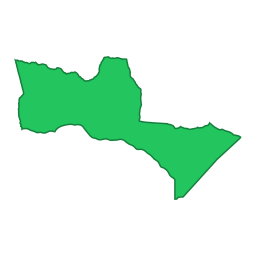 outline of Balambala, North-Eastern, Kenya
{"feature_id": "3690345B82306211866493", "entity_name": "Balambala", "entity_type": "district", "adm_level": 2, "iso_a3": "KEN", "parent_name": "Kenya", "parent_adm1": "North-Eastern", "projection": "orthographic", "projection_center": [39.23, -0.023], "detail": "fine", "context": "isolated", "style": "filled", "palette": "green", "viewbox_px": 256, "rotation_deg": 0, "n_neighbors": 0, "source": "geoboundaries", "source_scale": "gbopen_adm2", "svg_char_len": 5523}
<svg xmlns="http://www.w3.org/2000/svg" viewBox="0 0 256 256"><path d="M153.4,122.9L151.0,122.6L147.3,122.4L143.7,122.0L139.3,121.1L139.3,120.2L139.3,119.8L139.8,118.3L139.9,117.2L139.9,116.3L139.5,114.8L139.5,114.2L139.5,113.0L139.8,111.7L139.9,109.7L140.2,108.3L141.0,106.1L141.4,104.9L141.0,102.5L141.0,101.3L140.7,99.4L140.7,98.4L140.6,97.6L141.1,95.1L141.2,94.2L141.1,93.6L140.8,92.3L140.9,89.6L140.8,89.3L140.6,89.0L138.6,87.5L138.0,86.9L137.2,85.6L136.8,84.9L135.8,83.9L135.6,83.5L135.1,82.2L135.0,81.9L134.1,80.9L133.2,79.2L132.8,78.8L131.7,78.1L131.3,77.7L130.9,77.3L130.7,76.8L130.2,75.9L130.1,75.0L130.2,72.4L130.0,71.2L129.4,68.8L128.3,67.1L128.0,66.5L127.9,66.1L127.6,64.3L127.0,61.8L126.7,59.6L126.5,59.2L126.0,59.2L125.1,59.1L123.8,59.0L122.8,59.3L122.3,59.2L121.8,58.8L120.6,58.7L119.2,58.2L118.5,57.9L118.1,57.8L117.6,57.7L114.8,58.3L113.9,58.4L112.7,58.0L111.6,58.2L110.5,58.2L109.5,57.8L108.5,56.9L108.2,56.9L107.7,57.0L106.7,57.1L105.8,57.4L104.8,57.3L104.3,57.5L103.8,58.0L103.8,58.7L103.1,59.6L102.5,60.9L101.3,62.4L101.1,63.7L100.8,64.2L100.1,64.9L100.0,65.6L99.6,66.1L99.7,66.7L99.7,66.9L99.4,67.4L99.4,68.4L99.1,69.4L99.1,69.6L99.3,70.0L99.4,70.5L99.2,72.1L98.7,72.6L98.4,73.6L98.0,74.0L97.9,74.4L97.7,74.8L97.0,75.3L96.5,76.0L96.0,76.5L95.7,76.5L95.1,76.9L94.7,77.1L94.4,77.5L94.0,77.8L93.7,78.5L93.3,78.9L92.9,79.1L91.7,79.4L90.9,79.9L90.0,80.0L89.7,80.2L89.4,80.7L89.2,80.8L87.7,80.8L86.9,81.0L86.6,80.9L86.3,80.9L85.6,81.1L85.0,81.1L84.7,80.7L84.2,80.6L83.9,80.1L83.3,79.7L82.7,78.8L81.7,78.8L80.8,77.3L80.4,77.0L80.3,76.9L79.6,76.8L79.2,76.7L78.3,75.1L77.7,74.1L76.6,73.0L75.4,72.2L74.4,72.1L74.1,72.3L73.5,72.7L73.1,72.7L72.2,72.4L71.5,72.4L71.0,72.5L70.5,72.9L69.5,73.3L68.8,73.5L68.1,73.3L67.7,73.6L66.8,73.7L66.5,73.9L66.3,74.0L65.9,73.8L65.5,73.0L64.9,72.7L64.6,72.7L64.2,72.9L62.7,71.1L62.3,70.8L61.7,69.6L61.6,69.4L60.8,68.8L59.9,68.3L58.7,68.1L58.0,67.8L57.4,67.8L56.8,68.0L56.6,68.2L56.4,68.8L56.0,69.1L55.1,69.2L54.6,69.4L54.3,69.3L53.3,69.4L52.9,69.1L51.8,69.0L51.4,69.1L50.3,68.8L49.8,68.4L49.0,68.3L48.7,68.1L48.0,67.9L47.9,67.8L47.8,67.4L47.6,67.1L47.1,66.7L46.7,65.9L46.3,65.5L45.9,64.8L45.7,64.7L43.7,64.5L43.3,64.1L43.1,64.0L42.4,64.0L42.0,64.2L41.5,64.3L41.0,64.5L40.5,64.4L40.2,64.6L39.9,64.6L39.4,64.8L38.4,64.7L37.9,64.3L37.7,64.2L37.6,64.4L37.1,64.1L36.4,63.0L35.9,62.6L35.6,62.3L35.1,62.5L34.5,62.7L33.8,62.5L33.2,62.5L31.8,62.3L30.4,63.1L30.1,63.4L29.8,63.6L28.8,63.6L27.7,63.0L26.7,62.6L26.1,62.5L25.6,62.6L24.8,62.4L24.5,62.5L23.9,62.0L23.1,61.8L22.5,61.3L21.8,61.0L21.1,61.2L20.5,60.9L19.8,61.1L19.4,61.0L18.8,61.2L17.8,60.3L17.5,60.2L16.7,60.3L16.3,60.3L15.7,60.4L15.4,60.2L16.2,63.7L16.6,64.6L16.6,65.2L18.7,73.8L19.1,74.8L20.6,80.6L20.6,81.2L21.8,85.3L21.8,85.7L23.5,92.0L23.5,93.9L23.4,94.2L20.2,97.7L20.0,97.8L19.6,97.9L19.5,98.1L19.1,100.0L19.2,100.8L19.1,102.1L18.8,102.9L18.7,103.3L18.9,104.5L18.8,105.5L19.0,106.8L18.9,107.8L18.6,108.5L18.5,109.1L18.5,109.7L18.8,111.2L18.6,111.9L18.6,112.5L18.8,113.4L18.8,115.5L19.1,117.1L19.7,118.8L19.9,119.5L20.2,120.1L20.4,121.2L20.5,121.5L20.1,122.8L20.1,123.3L20.7,124.3L21.0,124.4L21.1,124.5L21.1,124.8L20.9,125.2L20.9,125.4L21.0,125.8L20.8,126.2L20.8,126.4L21.4,126.8L22.0,127.5L21.8,128.1L22.1,128.6L22.0,129.2L22.8,128.8L24.1,128.6L26.8,128.6L27.6,128.8L29.6,129.7L31.1,130.5L32.7,130.9L34.8,131.6L35.4,131.9L36.2,132.4L37.0,132.6L38.0,132.6L39.3,132.4L40.9,132.3L42.6,132.9L45.3,133.0L48.4,131.6L49.3,131.2L50.3,131.1L51.3,131.0L54.7,131.7L54.9,131.7L55.9,129.9L56.6,129.2L57.9,128.0L59.8,126.8L60.9,126.3L62.6,125.7L65.7,124.9L69.0,124.4L70.6,124.3L72.2,124.4L73.3,124.6L74.2,125.0L75.6,124.9L77.2,124.6L78.4,124.6L80.0,124.9L80.9,125.2L82.2,125.9L83.0,126.7L85.0,129.5L90.0,135.6L91.7,137.1L92.3,137.5L93.3,137.9L95.3,138.2L96.0,138.5L97.9,139.4L98.9,139.7L100.1,139.8L100.8,139.8L102.8,139.3L104.3,139.0L106.1,138.9L107.7,139.3L110.0,140.1L111.1,140.3L117.0,140.0L118.6,139.6L120.2,139.3L121.4,139.5L122.7,139.7L123.2,139.8L124.3,140.5L126.1,142.0L128.9,144.0L129.9,144.5L131.7,145.1L133.0,145.8L134.3,146.8L135.9,148.6L136.2,148.8L137.0,149.3L137.6,149.4L141.0,149.3L141.6,149.4L142.4,149.6L143.6,150.0L144.7,150.7L147.9,153.4L149.5,154.4L150.6,155.2L152.3,156.9L154.0,158.8L154.6,159.3L156.7,160.6L157.7,161.4L158.6,162.5L160.4,166.1L160.9,166.8L161.8,167.3L163.1,167.7L164.2,168.2L166.0,169.5L167.2,170.7L168.2,172.1L169.7,175.0L170.3,175.8L171.4,176.8L173.4,178.1L174.1,178.7L174.9,179.7L174.9,199.1L175.7,199.1L176.7,199.0L177.2,198.6L177.5,198.1L177.9,197.8L178.6,197.3L179.2,197.2L180.4,197.1L181.7,196.9L182.8,197.0L183.1,196.9L215.7,160.9L216.5,159.9L239.9,138.3L240.2,137.9L240.6,137.2L239.3,136.3L238.1,135.8L236.5,135.5L235.9,135.2L234.7,135.2L233.5,134.9L233.2,134.7L232.6,133.9L232.1,133.5L229.8,132.1L229.1,131.8L228.3,131.7L227.6,131.4L226.5,131.1L225.4,130.8L224.2,130.3L222.6,129.4L222.1,129.3L220.7,129.7L219.6,129.7L219.2,129.6L218.2,129.2L217.4,128.7L215.1,127.4L214.2,126.8L212.4,125.4L211.3,124.3L210.2,123.5L209.6,122.9L209.0,124.2L208.0,125.2L207.3,125.5L206.8,125.6L206.3,125.6L205.2,125.9L204.8,126.1L203.0,127.2L202.3,127.6L201.7,127.7L200.5,127.7L199.2,127.9L198.7,127.9L198.0,127.4L197.7,127.3L197.1,127.8L196.1,128.2L189.7,129.4L188.8,129.2L187.4,128.5L186.1,128.5L184.7,128.3L183.9,128.1L182.3,127.4L181.2,127.1L180.7,126.6L180.4,127.0L180.0,127.0L179.9,127.1L179.5,127.5L179.1,127.7L178.7,127.8L178.4,128.1L175.9,128.5L175.2,128.5L173.0,125.6L169.6,124.4L168.9,124.4L167.8,124.1L167.4,123.7L167.2,123.7L153.4,122.9Z" fill="#22c55e" stroke="#15803d" stroke-width="1.5"/></svg>